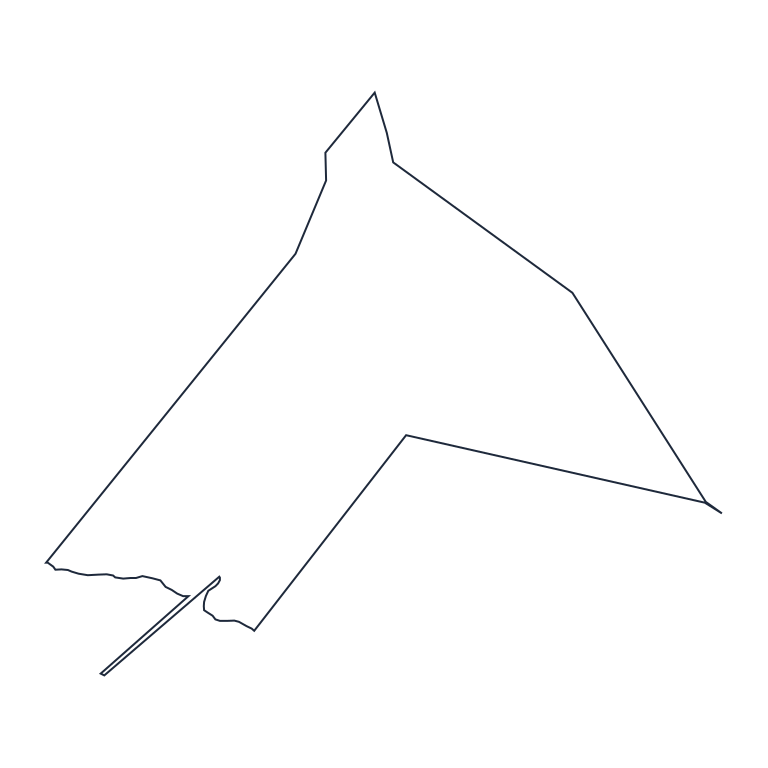 the district of Mengellang, Palau
{"feature_id": "81905179B37615107776552", "entity_name": "Mengellang", "entity_type": "district", "adm_level": 2, "iso_a3": "PLW", "parent_name": "Palau", "parent_adm1": "", "projection": "orthographic", "projection_center": [134.628, 7.695], "detail": "fine", "context": "isolated", "style": "outline", "palette": "slate", "viewbox_px": 768, "rotation_deg": 0, "n_neighbors": 0, "source": "geoboundaries", "source_scale": "gbopen_adm2", "svg_char_len": 848}
<svg xmlns="http://www.w3.org/2000/svg" viewBox="0 0 768 768"><path d="M393.2,162.4L386.8,132.9L374.7,92.6L325.4,152.7L326.1,180.5L295.5,253.8L46.1,562.7L47.8,562.7L53.3,566.7L55.4,569.7L61.5,569.4L67.9,570.0L71.6,571.6L78.6,573.7L87.8,575.2L98.8,574.6L106.7,574.3L113.1,575.5L115.2,577.4L123.2,578.6L130.5,578.0L136.0,578.0L142.4,576.1L152.5,578.3L160.4,580.4L165.6,586.9L171.7,589.9L177.2,593.6L183.0,596.1L187.6,596.1L188.5,596.1L100.7,673.6L104.3,675.4L219.3,576.7L219.9,577.6L219.9,580.1L218.1,583.4L215.4,586.2L212.6,588.0L208.3,590.8L205.9,596.0L204.1,601.9L203.8,606.2L204.1,610.2L207.7,612.6L212.6,615.7L215.4,619.4L220.0,620.9L226.7,620.9L234.3,620.6L238.9,621.8L246.5,626.1L251.7,628.6L254.2,630.8L406.1,435.2L704.9,502.7L706.3,503.6L721.9,513.4L705.8,501.9L572.4,292.8L393.2,162.4Z" fill="none" stroke="#1e293b" stroke-width="2"/></svg>